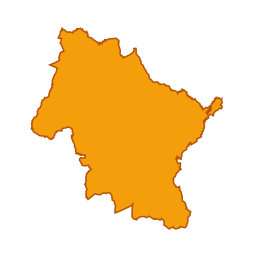 Tala, Jalisco, Mexico (Equal Earth projection), rotated 175°
{"feature_id": "50627088B29347766451470", "entity_name": "Tala", "entity_type": "district", "adm_level": 2, "iso_a3": "MEX", "parent_name": "Mexico", "parent_adm1": "Jalisco", "projection": "equal_earth", "projection_center": [-103.69, 20.61], "detail": "fine", "context": "isolated", "style": "filled", "palette": "amber", "viewbox_px": 256, "rotation_deg": 175, "n_neighbors": 0, "source": "geoboundaries", "source_scale": "gbopen_adm2", "svg_char_len": 5814}
<svg xmlns="http://www.w3.org/2000/svg" viewBox="0 0 256 256"><g transform="rotate(175 128 128)"><path d="M185.7,231.6L187.0,229.8L187.0,228.9L187.9,226.7L189.7,223.9L189.2,223.3L186.4,223.0L187.4,219.8L188.2,218.6L187.8,218.4L185.4,211.7L185.3,209.7L187.2,209.9L187.2,209.5L189.0,208.7L190.8,203.8L190.2,201.5L195.2,199.3L200.4,197.7L193.2,193.8L195.2,188.8L196.5,187.5L199.2,182.0L199.4,181.1L199.1,179.3L200.1,178.2L199.2,177.5L200.3,176.3L199.8,175.1L200.0,174.7L200.9,174.5L201.3,174.0L201.3,172.9L202.7,171.9L203.2,169.7L203.9,168.5L204.0,166.6L205.6,165.5L208.4,165.5L209.0,163.9L211.0,163.1L211.4,161.7L212.3,160.3L212.1,159.6L212.5,158.1L213.8,155.8L215.6,155.0L216.0,153.5L217.0,152.2L216.8,149.5L218.7,147.1L220.3,146.8L223.1,143.1L222.7,142.0L223.4,141.3L223.7,139.9L223.2,137.8L223.8,137.2L224.2,135.4L223.2,135.8L222.9,135.5L223.0,133.9L222.5,132.6L216.4,127.9L212.8,127.4L211.4,126.0L210.7,127.2L207.9,125.3L207.5,124.3L206.1,123.4L204.7,123.6L204.5,124.7L203.1,124.5L202.4,126.3L201.8,126.7L201.7,127.7L200.9,129.2L199.6,129.9L199.7,130.7L199.0,130.5L198.3,131.2L196.4,131.5L195.5,130.9L194.0,131.0L193.8,132.7L193.0,133.3L188.9,133.7L187.9,134.3L185.0,133.2L184.8,132.2L183.6,131.7L183.5,130.4L183.9,129.2L183.0,127.2L183.0,126.3L183.5,125.7L183.8,126.0L184.7,125.7L184.9,125.0L184.2,123.9L185.1,123.8L184.8,121.7L184.2,121.1L184.0,119.2L183.2,118.0L182.7,115.5L182.9,113.9L181.9,111.9L182.2,109.2L181.6,108.3L182.1,107.4L181.6,107.5L181.6,107.0L181.0,106.6L180.4,107.3L180.2,106.9L179.5,106.9L179.1,105.8L178.6,106.0L178.2,105.6L178.0,106.1L177.2,105.0L176.5,105.6L176.4,105.1L175.3,105.3L173.4,103.9L172.9,104.3L173.2,102.1L174.7,101.9L177.9,102.5L179.1,101.0L179.0,99.9L178.1,98.3L176.8,94.8L174.7,94.1L170.4,94.2L170.1,91.8L168.9,91.3L168.3,90.1L169.6,89.4L170.0,88.6L170.8,88.6L171.5,87.3L172.0,87.4L173.6,85.6L173.5,83.8L174.1,83.0L174.4,81.9L174.0,79.9L174.6,79.4L174.6,77.7L175.2,76.3L175.6,76.3L176.1,75.4L175.1,74.5L175.1,72.7L174.1,70.5L175.3,68.7L175.2,66.8L175.9,65.6L175.7,64.4L174.9,63.2L175.7,62.7L175.1,62.3L174.1,60.3L166.5,65.3L163.7,64.2L161.5,64.0L159.0,65.2L156.8,65.3L155.4,64.6L153.8,65.4L151.9,64.8L150.8,63.6L150.0,61.6L149.9,60.8L150.3,60.2L150.0,59.8L150.0,57.5L148.6,57.0L148.0,55.6L147.9,53.8L147.0,51.4L147.8,49.4L148.4,44.6L144.8,45.4L131.4,50.3L129.9,51.7L130.5,49.7L131.8,39.5L130.6,37.1L128.0,36.1L128.2,36.6L126.6,36.6L126.2,37.3L124.0,38.3L120.3,38.6L117.0,37.1L114.6,38.4L110.3,34.8L109.7,34.8L109.5,35.3L108.2,34.7L107.0,35.0L104.0,33.5L102.7,34.0L102.4,34.9L100.5,32.7L100.3,30.3L100.7,28.1L98.3,26.6L97.5,25.3L95.7,23.9L92.3,25.5L91.7,25.5L91.6,24.7L89.2,23.3L84.8,24.2L84.3,25.3L80.7,23.9L79.6,23.8L78.4,25.0L76.3,30.3L76.4,33.4L73.9,35.6L73.6,37.7L72.8,38.8L73.3,39.8L74.7,40.1L75.7,42.0L77.1,42.3L77.1,43.0L76.4,44.0L77.1,44.9L77.2,47.8L77.5,46.0L77.6,48.0L78.5,49.6L80.2,50.7L80.1,55.4L80.8,60.0L82.0,61.5L81.6,63.2L81.9,65.2L82.6,65.1L83.1,64.3L85.5,65.2L85.3,66.1L86.5,67.4L87.4,69.5L87.3,72.6L87.6,73.2L87.1,73.3L86.2,75.1L85.1,75.7L83.5,79.1L82.3,79.4L82.0,80.4L81.0,81.2L78.7,82.3L79.0,82.8L79.9,82.7L80.4,84.6L79.2,84.7L78.8,88.6L81.3,88.1L82.9,93.3L81.7,93.2L81.7,95.4L80.6,94.8L81.0,93.0L79.7,93.5L79.4,92.9L77.8,92.3L77.6,93.6L78.0,94.4L77.0,94.9L76.6,98.0L74.7,100.0L71.5,101.5L71.1,104.1L69.0,104.9L69.2,106.2L68.0,106.4L68.1,107.5L66.9,108.0L66.6,105.9L60.5,108.7L60.7,110.8L55.7,112.9L55.9,115.0L54.6,115.6L54.8,117.5L53.7,118.0L53.2,118.6L52.8,120.5L52.4,120.6L51.9,122.2L51.6,124.1L52.1,126.2L52.0,128.7L51.6,129.1L51.4,126.9L50.8,127.2L50.9,128.5L49.5,129.4L49.8,130.6L49.2,131.1L48.9,129.8L46.8,131.1L46.9,132.3L47.3,132.7L46.8,133.1L44.7,134.4L43.1,134.1L42.6,132.8L41.8,133.0L41.2,135.5L38.9,137.4L37.5,137.8L35.5,139.5L33.9,139.6L33.2,139.1L32.4,140.8L32.7,142.0L33.6,142.8L33.7,143.3L32.3,144.3L31.8,145.5L32.5,146.8L32.1,148.9L32.4,148.6L33.7,149.0L35.0,150.2L36.4,149.7L37.0,149.8L37.0,150.3L37.3,149.9L37.8,150.3L37.9,149.7L38.5,149.8L38.5,149.3L39.2,149.4L39.3,147.6L40.4,146.3L40.9,147.2L41.6,146.7L41.2,145.8L43.0,144.5L42.7,143.8L43.2,143.3L43.0,142.9L43.8,142.4L43.5,140.7L43.9,140.4L43.7,138.9L47.3,135.9L47.6,134.8L48.8,136.8L45.1,139.5L45.3,140.3L43.9,142.3L44.7,142.7L45.1,142.0L46.9,141.2L48.5,141.7L51.9,139.6L52.0,141.7L52.6,141.6L52.6,143.1L53.7,143.0L53.8,144.5L54.3,144.5L54.3,145.8L57.5,148.8L58.7,151.3L60.4,150.3L61.0,151.6L61.6,151.3L61.8,152.4L62.7,152.0L63.3,154.1L64.9,153.5L65.5,155.7L66.3,155.4L66.8,158.0L66.2,158.2L69.2,161.2L70.0,161.2L70.0,161.6L71.0,161.9L70.5,159.9L73.1,159.5L72.9,160.3L74.0,160.0L75.6,158.0L75.9,159.6L76.7,160.3L78.3,161.2L79.3,161.1L80.4,162.0L81.2,161.4L81.8,161.7L82.2,162.6L82.0,163.5L82.8,164.1L83.3,166.0L83.6,166.3L85.5,166.5L86.2,167.3L86.8,166.9L88.0,168.7L91.0,168.3L92.0,169.1L92.9,168.9L93.7,169.8L93.6,170.4L94.9,171.4L98.7,171.4L99.2,171.8L100.7,174.1L102.2,175.2L102.7,179.4L104.2,181.0L105.0,182.6L104.9,183.2L106.9,186.5L107.2,188.6L109.4,191.0L109.5,192.2L109.1,193.2L110.1,194.9L110.2,196.9L112.2,199.3L113.4,201.6L113.0,206.1L113.2,206.7L115.1,206.7L115.3,204.4L117.0,202.5L120.2,200.7L125.1,198.8L125.7,198.6L126.3,199.3L126.7,199.3L126.8,198.9L127.7,200.6L129.0,200.7L128.9,201.8L129.5,202.3L129.5,203.5L129.0,204.4L129.1,207.0L130.0,210.9L130.2,213.5L129.5,213.9L129.8,214.6L129.4,216.1L130.8,217.0L131.8,218.4L140.0,218.3L141.0,217.5L143.1,218.0L143.2,217.1L143.7,217.4L144.0,216.3L145.3,216.7L145.5,215.7L146.2,215.9L146.6,214.2L148.6,215.7L149.1,213.5L150.2,214.4L150.0,215.3L154.9,219.2L156.5,220.8L160.4,222.6L159.9,223.3L159.8,224.7L160.7,227.7L161.8,226.6L162.5,227.6L164.5,229.1L164.7,230.3L165.2,229.8L166.6,231.4L168.3,231.1L170.2,231.4L170.4,230.4L171.1,230.5L171.2,229.5L174.1,229.3L174.4,227.7L178.2,228.9L179.9,228.6L184.0,232.2L184.6,231.8L185.1,232.7L185.4,231.1L185.7,231.6Z" fill="#f59e0b" stroke="#b45309" stroke-width="1.5"/></g></svg>